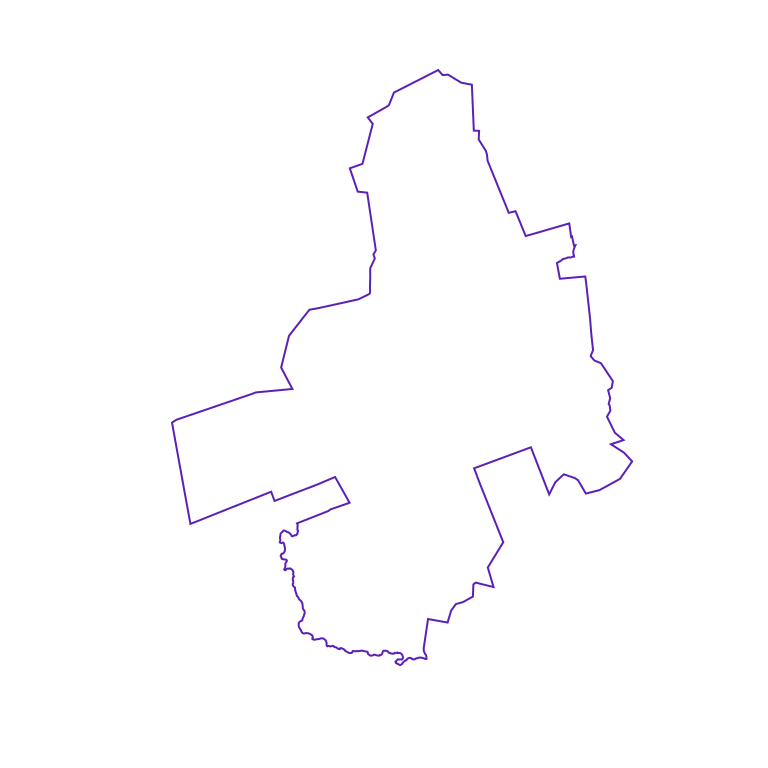 Bavispe, Sonora, Mexico, rotated 248°
{"feature_id": "50627088B39855980825322", "entity_name": "Bavispe", "entity_type": "district", "adm_level": 2, "iso_a3": "MEX", "parent_name": "Mexico", "parent_adm1": "Sonora", "projection": "albers", "projection_center": [-109.2, 30.646], "detail": "fine", "context": "isolated", "style": "outline", "palette": "violet", "viewbox_px": 768, "rotation_deg": 248, "n_neighbors": 0, "source": "geoboundaries", "source_scale": "gbopen_adm2", "svg_char_len": 6058}
<svg xmlns="http://www.w3.org/2000/svg" viewBox="0 0 768 768"><g transform="rotate(248 384 384)"><path d="M427.7,173.0L370.9,161.2L326.8,152.1L326.4,239.0L316.6,238.7L315.8,284.8L316.1,303.8L286.8,307.6L287.8,287.1L287.1,284.9L287.4,251.1L286.0,251.2L285.0,250.9L284.1,250.3L282.4,249.6L281.5,249.1L281.3,249.1L280.5,249.3L280.2,249.4L279.8,249.2L277.8,247.5L277.6,247.5L277.3,247.3L277.2,246.8L276.8,246.1L276.7,245.9L276.7,245.6L276.8,245.3L277.2,244.9L277.1,242.1L277.5,241.5L277.8,241.4L278.2,241.5L280.4,240.9L281.8,240.2L282.4,239.6L283.1,238.7L283.8,238.3L285.1,237.1L285.8,236.2L285.8,235.9L285.7,235.6L285.3,235.1L284.8,234.0L284.5,233.0L284.2,232.4L283.7,231.9L283.2,231.5L281.8,230.9L280.8,230.1L280.1,229.8L279.3,229.7L278.1,229.4L277.7,229.2L276.6,228.2L276.1,228.0L274.9,229.2L274.9,229.7L274.9,231.0L274.4,231.3L273.4,231.4L273.0,231.4L268.6,230.6L266.3,229.5L265.8,229.0L265.0,227.7L264.6,226.7L264.6,226.4L264.9,225.6L264.8,225.4L264.6,225.1L264.3,224.9L263.4,223.8L263.1,223.7L261.6,223.9L260.7,223.9L260.4,223.7L260.1,223.8L259.5,224.7L258.8,225.5L258.5,226.2L257.9,227.4L257.6,227.6L257.3,227.7L256.7,227.8L256.3,227.6L255.5,226.7L255.2,226.1L254.8,225.6L253.6,224.9L252.4,224.5L251.0,223.6L249.8,222.4L249.5,222.1L249.1,222.1L248.9,222.2L248.3,222.7L248.3,222.9L248.3,223.1L248.5,223.5L248.8,224.0L249.0,224.8L248.9,225.8L248.3,226.7L248.2,227.2L248.3,227.6L248.2,228.0L247.6,228.2L246.9,228.8L246.1,229.3L245.5,229.5L244.5,229.5L242.9,229.3L241.6,228.4L240.0,228.4L239.3,228.5L239.2,228.1L239.0,227.7L239.0,227.4L238.1,226.9L237.6,226.5L236.8,226.1L236.4,226.1L235.8,226.1L233.7,225.4L233.0,225.0L232.7,224.4L231.8,224.1L230.9,224.1L229.4,224.7L228.6,225.2L226.2,224.4L223.4,224.2L222.6,224.1L221.8,224.1L221.1,223.9L220.0,223.9L218.9,224.5L218.6,224.6L217.6,224.5L216.5,224.6L215.2,225.1L214.3,225.7L212.4,226.1L210.9,226.1L206.2,224.7L204.9,224.8L203.5,225.3L202.2,225.0L200.9,224.4L199.8,223.3L198.9,222.8L198.5,222.2L197.9,221.6L197.3,220.9L195.7,219.8L195.3,219.2L195.4,218.1L195.3,217.2L194.9,216.3L194.2,215.3L194.0,215.2L191.7,214.3L190.7,214.2L188.2,214.4L186.7,214.8L185.9,214.6L185.2,214.7L184.8,214.8L183.8,215.1L183.5,215.3L182.7,216.1L182.5,216.6L182.5,217.6L181.7,219.7L181.3,220.3L180.2,221.5L179.8,221.9L179.0,222.4L178.5,222.9L178.1,223.0L177.8,223.2L177.3,223.3L176.6,223.3L176.0,223.2L175.3,222.5L174.6,222.1L174.3,222.0L174.0,222.2L173.9,222.9L173.3,223.3L173.1,223.4L172.8,223.8L172.8,224.6L172.6,225.3L172.6,225.6L172.6,225.8L171.9,228.1L171.8,230.1L171.7,230.8L170.8,232.2L170.5,232.6L169.7,233.1L168.8,233.6L167.8,233.9L167.2,233.9L165.5,233.8L164.4,233.3L163.2,232.9L162.7,232.9L162.2,233.0L162.0,233.3L162.0,233.9L161.9,234.4L161.7,234.7L161.1,235.4L160.7,236.4L160.5,237.4L160.4,238.4L160.2,238.8L159.8,239.1L159.0,239.3L158.3,240.0L157.8,240.9L157.3,241.4L156.3,241.7L155.0,243.1L154.8,243.5L154.8,244.0L155.4,244.5L155.4,244.9L154.8,245.8L154.1,246.5L153.0,247.4L152.0,248.0L151.4,248.0L150.7,248.3L150.1,248.9L148.4,250.2L147.5,251.2L147.2,251.9L146.9,253.2L146.8,253.4L146.8,253.6L147.3,254.2L148.0,254.8L148.1,255.4L147.9,255.8L147.3,256.4L147.0,257.0L146.7,257.9L146.6,259.0L146.1,259.5L145.4,261.8L145.3,262.6L145.3,263.2L145.1,263.7L143.5,265.8L142.6,267.4L141.8,268.3L141.4,268.4L140.1,268.1L139.5,268.1L139.1,268.5L137.8,269.1L137.4,269.5L137.2,269.8L136.6,271.5L136.6,272.5L136.8,273.2L136.6,273.8L136.4,274.0L136.2,274.4L135.8,274.8L135.6,274.9L134.2,277.1L133.9,278.0L134.2,278.2L134.3,278.4L134.0,278.8L133.9,279.5L134.1,280.0L134.3,280.7L134.6,281.3L136.6,282.9L136.7,283.4L136.7,284.0L136.3,285.1L136.2,285.5L135.0,287.0L134.8,287.3L134.6,287.4L134.2,287.4L133.7,287.6L133.2,287.6L132.5,288.6L131.3,289.9L130.7,290.8L130.5,291.4L130.5,292.0L130.7,293.0L130.2,293.3L130.2,294.7L130.1,295.4L130.0,295.7L129.4,295.8L128.9,297.3L128.7,297.6L128.4,298.3L127.2,299.1L126.9,299.2L125.7,299.4L124.9,299.4L123.0,299.1L122.2,298.3L121.9,297.8L121.9,297.2L122.4,296.4L122.8,295.2L123.1,294.5L123.5,294.0L123.5,293.9L122.8,291.8L122.4,291.4L122.3,290.8L122.3,290.7L122.2,290.6L121.4,290.9L121.2,290.8L121.2,290.6L120.9,290.5L120.7,290.6L119.8,291.5L119.1,292.0L118.4,292.6L118.2,293.0L117.8,293.2L117.6,293.5L117.3,293.7L117.4,294.5L117.4,295.2L117.6,295.4L118.2,296.7L118.7,297.4L119.0,298.0L119.3,299.2L119.7,300.4L119.7,300.7L119.5,301.2L119.9,301.8L120.1,302.2L120.6,303.0L120.6,304.7L120.5,305.4L119.9,306.0L119.6,306.5L118.9,306.7L118.2,307.5L117.8,307.7L117.6,308.6L117.2,309.2L117.2,309.5L117.6,311.3L117.2,312.2L117.3,313.7L117.2,314.0L116.6,315.2L116.5,315.9L116.3,316.3L115.6,316.9L115.2,317.6L114.1,318.7L113.6,319.4L113.3,319.8L113.2,320.1L113.2,320.5L116.8,321.5L118.2,321.0L121.3,320.9L122.8,321.3L124.6,322.1L149.6,336.8L139.0,353.6L148.7,361.3L153.0,368.2L152.2,375.5L153.6,386.8L164.7,391.8L165.5,394.6L154.7,409.5L175.0,411.5L192.6,435.3L256.3,435.6L272.1,436.0L270.3,496.5L219.8,495.8L228.8,506.1L232.9,516.9L226.3,524.5L225.5,525.6L222.0,527.9L206.8,530.1L204.9,544.0L207.6,567.2L219.3,585.1L230.6,580.7L243.1,571.9L242.3,585.1L252.3,579.8L270.2,578.5L274.4,583.8L279.4,585.2L281.2,584.8L286.2,588.4L294.3,589.5L295.2,593.7L300.9,597.3L322.1,592.9L326.9,587.9L332.2,586.1L333.2,586.7L337.1,590.5L353.6,595.2L367.2,599.5L401.0,609.0L408.3,610.9L415.7,586.5L431.4,589.7L431.9,593.3L432.0,594.2L432.3,595.1L432.7,596.1L432.8,597.0L432.4,599.7L432.4,602.1L432.2,602.6L431.3,604.5L431.4,606.8L431.1,607.2L430.9,608.0L435.3,608.8L436.4,609.4L438.3,610.8L441.0,613.5L441.4,612.0L450.3,613.6L450.2,612.6L463.5,615.9L468.1,570.8L494.9,570.7L496.0,563.8L552.2,563.7L558.2,565.4L561.9,565.8L575.2,563.4L583.1,567.0L585.3,562.2L628.6,577.6L634.4,568.5L646.9,559.2L648.5,554.0L654.8,551.9L650.5,502.4L641.4,493.7L640.5,492.5L640.0,489.9L637.3,468.8L629.4,471.0L596.2,446.5L596.8,433.1L572.2,431.7L567.7,440.1L511.0,426.5L508.0,422.7L503.8,422.5L496.4,414.5L488.8,411.5L480.1,407.7L474.9,405.7L473.2,404.7L472.9,403.6L472.1,392.0L479.1,350.6L480.8,342.6L464.3,314.0L437.8,294.8L413.7,297.2L424.2,262.0L424.2,259.4L428.6,178.2L427.7,173.0Z" fill="none" stroke="#5b21b6" stroke-width="2"/></g></svg>